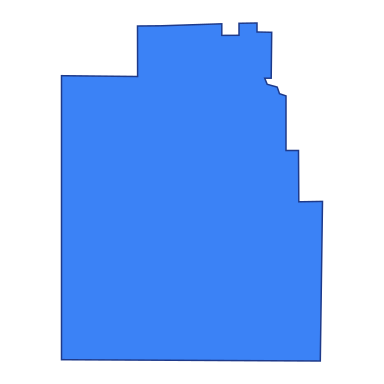 outline of Jim Hogg, Texas, United States of America
{"feature_id": "52423323B38410477009705", "entity_name": "Jim Hogg", "entity_type": "district", "adm_level": 2, "iso_a3": "USA", "parent_name": "United States of America", "parent_adm1": "Texas", "projection": "natural_earth1", "projection_center": [-98.61, 27.071], "detail": "fine", "context": "isolated", "style": "filled", "palette": "blue", "viewbox_px": 384, "rotation_deg": 0, "n_neighbors": 0, "source": "geoboundaries", "source_scale": "gbopen_adm2", "svg_char_len": 400}
<svg xmlns="http://www.w3.org/2000/svg" viewBox="0 0 384 384"><path d="M61.5,359.7L320.3,361.0L322.5,201.4L298.8,201.8L298.5,150.5L286.0,150.5L286.0,95.9L279.5,93.7L277.2,87.1L267.2,84.3L264.7,78.2L271.2,78.2L271.7,32.3L257.0,32.0L257.0,23.0L239.0,23.3L239.0,35.3L221.8,35.4L221.8,23.8L160.7,25.8L137.5,26.0L137.6,76.5L61.5,75.7L61.5,359.7Z" fill="#3b82f6" stroke="#1e3a8a" stroke-width="1.5"/></svg>